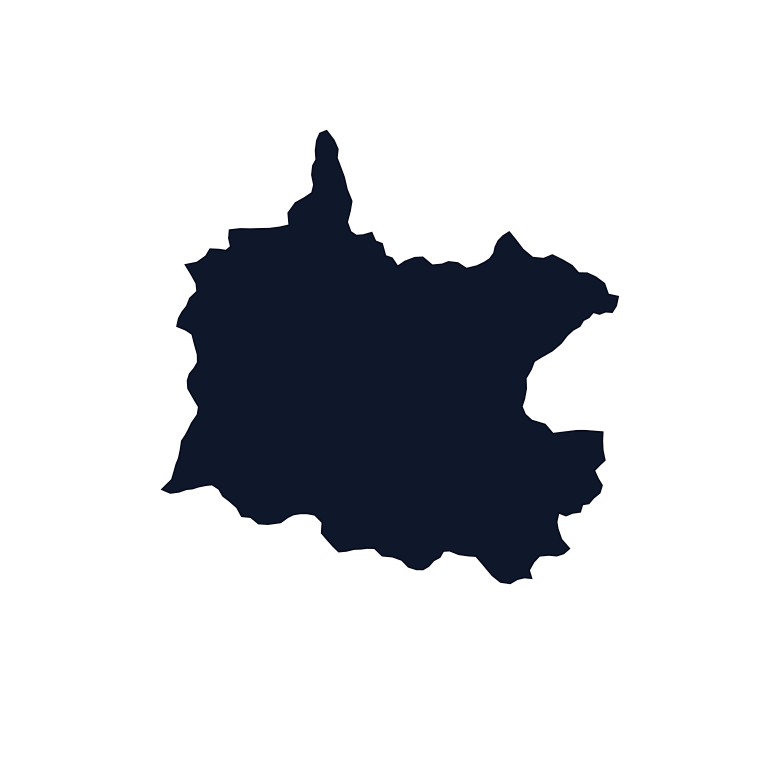 Pouso Alto, Minas Gerais, Brazil, rotated 146°
{"feature_id": "56859067B83789258057197", "entity_name": "Pouso Alto", "entity_type": "district", "adm_level": 2, "iso_a3": "BRA", "parent_name": "Brazil", "parent_adm1": "Minas Gerais", "projection": "robinson", "projection_center": [-44.938, -22.177], "detail": "fine", "context": "isolated", "style": "filled", "palette": "ink", "viewbox_px": 768, "rotation_deg": 146, "n_neighbors": 0, "source": "geoboundaries", "source_scale": "gbopen_adm2", "svg_char_len": 2679}
<svg xmlns="http://www.w3.org/2000/svg" viewBox="0 0 768 768"><g transform="rotate(146 384 384)"><path d="M398.1,154.6L390.9,148.1L382.7,147.6L375.8,145.0L370.3,140.4L367.8,148.5L359.4,152.7L351.2,154.6L342.9,150.0L336.8,145.0L329.9,143.0L322.3,143.9L323.8,155.9L320.9,166.7L318.0,173.1L311.2,179.6L306.8,173.1L299.7,171.6L292.8,168.2L286.9,173.1L281.0,170.4L274.4,172.3L265.9,173.1L259.9,178.0L259.5,185.7L258.0,194.7L250.1,196.3L243.5,197.3L239.6,206.8L234.6,215.0L229.5,221.8L243.2,232.7L250.5,237.6L271.7,248.4L273.1,260.4L277.7,266.1L281.9,271.2L284.0,279.8L282.3,288.2L276.0,293.1L268.5,300.8L263.2,309.4L253.8,313.9L246.8,318.8L239.2,318.5L226.2,317.5L214.3,318.8L205.1,321.9L197.0,323.1L189.3,322.4L183.2,325.3L176.9,324.6L170.4,326.5L166.3,321.5L159.9,320.0L154.7,315.9L147.7,319.0L140.9,325.5L148.0,332.9L145.1,344.0L148.7,354.2L153.5,362.2L160.6,367.2L161.9,377.0L166.5,386.6L172.3,396.8L181.6,398.7L190.1,405.8L193.6,418.0L194.3,429.8L195.2,440.0L202.5,440.2L209.2,438.8L215.1,435.4L219.7,431.0L226.2,428.6L232.4,428.6L240.9,429.8L251.1,433.6L255.1,443.1L262.2,449.2L268.9,450.7L277.6,455.5L281.0,467.4L287.8,471.5L298.0,473.9L306.9,473.9L306.9,483.8L311.1,489.4L307.1,501.3L311.2,507.2L309.5,516.4L317.7,519.0L324.0,522.6L326.5,528.9L324.0,538.8L315.4,546.4L308.5,553.6L305.8,566.2L301.4,577.6L298.7,588.6L296.6,597.7L290.9,604.5L289.2,614.0L289.9,626.1L297.0,627.6L303.5,623.5L310.2,615.9L314.8,607.9L320.9,604.8L326.9,597.7L330.8,588.3L336.8,582.8L346.2,582.8L356.1,583.7L367.8,579.4L373.8,568.7L383.0,572.3L392.1,576.9L399.7,581.8L408.5,587.4L416.4,593.0L426.0,598.0L431.2,591.5L434.2,583.7L440.3,582.9L445.7,587.8L452.8,593.1L460.1,589.6L471.0,589.3L482.0,593.9L482.4,583.5L483.4,572.3L487.2,565.3L497.1,563.6L504.0,558.8L510.9,556.6L517.5,553.2L523.4,547.6L518.2,539.9L515.2,532.6L518.6,523.2L522.1,512.7L526.4,506.1L532.9,503.0L539.5,501.1L545.0,496.7L549.0,489.9L550.0,476.6L550.4,468.6L555.9,462.8L565.4,459.1L572.0,455.2L577.6,452.3L583.5,449.9L589.4,443.4L595.7,437.3L601.2,433.6L606.0,429.5L613.3,423.4L627.1,420.8L622.1,413.1L614.3,409.2L606.8,407.3L601.2,404.3L595.3,402.6L588.6,399.8L582.8,396.8L579.6,389.3L580.2,381.3L577.6,373.6L575.0,363.8L576.0,353.9L569.0,348.1L566.1,338.4L558.5,332.6L547.1,327.0L538.5,327.3L532.3,326.5L526.0,323.6L520.1,319.7L514.5,314.1L512.6,303.7L519.1,295.3L517.9,285.1L516.9,278.0L515.3,270.3L508.6,266.6L501.2,263.9L495.6,260.4L489.7,257.4L483.7,253.1L481.5,242.6L473.6,236.1L467.7,228.1L466.0,218.7L460.8,212.1L455.4,208.4L448.9,208.0L441.5,209.9L434.5,209.2L428.3,212.3L422.9,209.2L417.2,200.9L410.3,194.7L404.0,189.8L402.7,178.4L401.3,164.8L398.1,154.6Z" fill="#0f172a" stroke="#020617" stroke-width="1.5"/></g></svg>